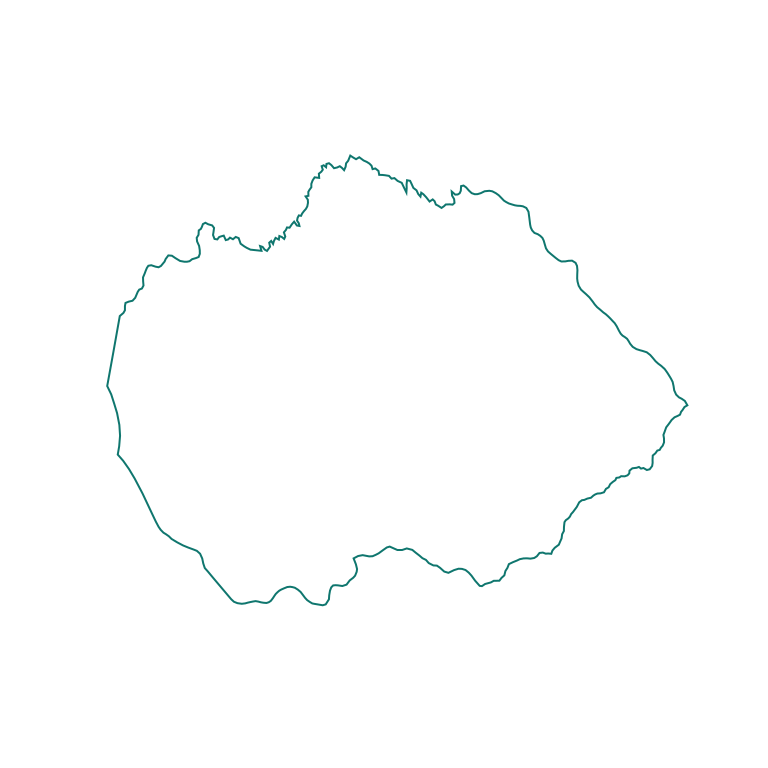 Itanhangá, Mato Grosso, Brazil (Equal Earth projection), rotated 158°
{"feature_id": "56859067B93229831473310", "entity_name": "Itanhangá", "entity_type": "district", "adm_level": 2, "iso_a3": "BRA", "parent_name": "Brazil", "parent_adm1": "Mato Grosso", "projection": "equal_earth", "projection_center": [-56.8, -12.144], "detail": "fine", "context": "isolated", "style": "outline", "palette": "teal", "viewbox_px": 768, "rotation_deg": 158, "n_neighbors": 0, "source": "geoboundaries", "source_scale": "gbopen_adm2", "svg_char_len": 5962}
<svg xmlns="http://www.w3.org/2000/svg" viewBox="0 0 768 768"><g transform="rotate(158 384 384)"><path d="M657.3,418.3L654.6,410.5L652.3,400.7L650.6,389.8L648.9,372.9L647.6,350.1L647.1,341.8L646.5,336.1L645.7,332.5L644.2,328.8L642.5,326.5L640.5,323.4L639.0,319.9L635.1,314.7L630.8,309.6L626.8,305.7L622.5,301.8L620.0,299.4L618.1,295.5L617.9,290.3L618.8,285.3L619.1,280.5L617.5,276.0L615.2,268.8L613.7,264.2L606.3,241.7L604.7,238.3L602.0,235.7L598.2,233.5L594.9,232.6L592.2,232.3L589.7,231.9L587.0,231.4L584.4,230.8L582.0,229.3L579.9,227.7L577.8,226.4L575.0,225.0L572.6,224.8L570.2,225.3L567.3,227.0L565.0,228.6L563.0,229.9L560.6,230.9L558.5,231.6L556.3,231.9L553.4,232.0L549.8,232.0L547.0,231.2L545.0,230.0L543.0,228.5L540.9,225.6L539.2,222.4L538.3,219.1L537.3,215.3L536.2,212.4L534.5,209.8L532.7,207.4L530.7,206.1L527.9,204.4L523.7,201.8L520.6,201.5L515.7,205.0L513.9,208.7L511.5,212.6L509.1,215.2L506.6,216.3L504.3,215.6L502.2,214.6L498.3,212.3L493.9,212.0L489.4,214.7L485.1,215.9L482.6,217.1L479.7,220.1L478.3,222.5L477.6,227.3L477.5,233.7L472.4,234.2L467.9,233.3L462.3,229.7L459.1,228.6L455.7,228.7L452.4,229.0L447.3,230.3L442.6,231.4L439.6,231.1L437.0,228.4L433.8,225.1L429.3,223.3L424.5,223.0L422.6,221.6L419.9,219.6L417.9,215.9L415.4,211.6L413.6,208.1L411.0,205.2L409.6,201.2L406.2,197.3L403.0,195.8L400.9,192.6L398.4,187.5L395.0,184.8L388.7,185.2L384.1,184.8L381.0,183.4L378.1,181.0L376.1,177.4L374.7,173.6L373.2,167.5L370.9,161.0L368.9,159.9L365.2,160.7L359.3,160.0L356.0,160.4L353.9,159.6L350.7,158.4L347.7,160.2L344.1,161.5L341.5,165.1L338.4,167.3L335.7,170.2L331.2,170.5L326.7,170.5L323.7,170.7L319.9,170.0L316.7,168.8L313.6,167.2L309.9,166.4L306.8,167.0L303.1,169.1L299.9,168.2L297.6,166.1L295.2,165.3L292.5,163.9L290.2,166.5L287.0,168.2L282.1,169.5L279.9,171.7L277.2,174.3L275.1,178.0L272.3,180.3L270.7,184.0L268.4,188.3L266.5,189.6L263.6,190.3L261.3,191.4L259.2,193.3L256.9,194.4L251.3,197.8L247.3,201.2L244.0,202.1L241.7,201.5L238.4,201.6L234.7,201.0L231.7,202.1L229.5,202.5L227.2,202.5L224.2,201.5L220.6,201.2L217.5,203.6L214.4,204.1L211.8,206.4L208.6,207.5L205.5,208.2L203.7,209.9L200.8,209.2L198.7,209.7L195.4,208.2L192.4,208.1L190.1,209.2L188.8,211.7L185.3,212.8L181.2,211.7L178.7,211.6L177.4,209.3L174.9,208.9L172.5,205.8L169.6,205.4L166.1,207.5L164.5,210.2L163.4,213.1L161.6,217.0L158.3,218.1L155.5,219.9L153.1,219.6L151.2,221.1L148.7,222.4L146.2,225.0L144.8,228.6L144.0,232.1L141.7,234.6L138.6,238.1L134.7,240.4L130.8,242.9L127.1,244.3L123.7,244.4L121.0,244.7L119.0,246.9L117.0,248.0L114.0,250.1L110.7,250.6L111.4,255.6L113.5,258.8L115.5,261.1L117.1,264.7L117.3,269.4L116.3,273.6L115.6,277.8L115.9,281.4L116.6,285.7L117.1,288.4L118.1,292.6L120.2,297.0L122.1,300.1L123.7,303.4L125.1,307.8L126.3,311.2L128.5,315.0L132.0,317.9L134.0,319.4L136.9,321.8L139.5,325.3L140.7,329.1L141.1,332.0L141.7,334.9L143.2,337.4L144.7,339.5L145.7,342.0L146.2,345.5L146.6,350.3L147.3,354.0L148.5,357.0L149.6,359.9L150.8,362.7L152.2,365.6L153.9,368.3L155.6,371.7L157.6,375.4L158.8,378.8L159.6,382.2L161.1,387.4L163.0,391.6L164.6,394.8L166.0,397.8L166.7,402.2L166.2,406.4L165.4,409.4L163.7,413.4L162.0,417.1L160.8,421.2L161.0,424.6L163.4,427.9L166.8,429.1L170.1,429.8L173.7,431.2L175.7,433.4L177.6,436.6L180.7,442.3L182.3,445.5L183.0,449.1L182.6,453.4L182.2,457.1L182.4,460.1L183.6,462.8L185.3,465.3L187.9,467.7L189.1,470.9L189.3,474.1L188.8,477.0L187.0,483.7L185.5,489.6L186.1,493.9L188.6,496.7L190.9,498.1L193.5,499.3L195.8,500.7L198.3,502.7L200.6,504.6L202.6,507.0L204.1,509.1L205.5,512.6L206.9,516.0L208.8,519.0L211.4,522.1L214.0,523.7L218.5,525.0L222.8,524.7L226.2,525.0L228.8,526.0L231.2,528.1L232.8,531.5L234.2,535.5L235.9,538.2L238.4,538.6L240.4,534.4L242.4,532.5L244.6,532.1L247.0,532.9L249.1,537.1L250.3,533.1L249.7,529.2L250.8,525.5L253.2,524.6L255.9,526.0L259.5,527.3L261.7,526.4L264.7,525.7L267.0,529.0L268.7,531.0L268.6,534.5L269.7,536.9L273.4,536.1L274.9,541.3L276.4,545.2L277.8,547.4L280.0,544.1L281.1,547.3L281.3,551.4L283.3,554.8L283.5,559.6L283.7,562.6L286.3,564.3L288.3,560.6L289.6,557.1L291.5,553.2L291.8,557.4L292.2,563.9L295.3,567.2L297.2,571.0L300.1,571.6L301.4,575.1L304.7,577.1L307.3,578.5L310.1,579.7L309.3,583.6L311.3,587.1L314.1,587.5L313.8,591.1L315.0,593.9L316.8,596.4L319.2,598.9L322.0,603.5L325.7,602.9L327.7,605.5L329.7,608.4L333.6,604.4L336.5,602.8L338.2,599.8L340.9,597.2L342.0,600.1L343.4,602.5L346.3,602.3L349.5,602.8L350.8,606.7L352.3,609.3L354.9,609.6L356.5,606.7L358.0,609.4L360.2,609.3L360.5,605.6L362.6,604.3L365.6,603.4L366.9,599.4L370.9,601.6L373.9,599.5L376.4,596.8L377.7,593.6L380.3,592.0L382.2,590.5L383.6,586.8L386.4,587.3L385.6,583.4L386.6,580.5L388.6,577.4L390.8,575.6L393.6,574.2L396.1,572.7L397.9,571.0L399.8,572.2L401.9,570.4L403.4,568.1L402.8,565.0L403.2,562.2L405.4,563.6L406.5,568.2L409.6,566.6L413.0,564.3L415.3,565.5L417.2,563.6L420.0,562.1L420.3,557.7L422.2,555.9L423.7,558.6L425.6,560.4L427.4,557.3L429.8,560.1L432.5,557.8L434.4,555.4L435.0,558.9L437.5,558.0L438.2,554.0L440.6,552.5L442.6,551.2L444.3,553.3L445.2,556.6L447.2,558.3L447.7,553.4L452.6,556.0L457.5,558.6L460.3,561.7L462.1,564.1L464.4,567.8L464.1,573.7L466.4,575.9L469.8,574.8L472.0,577.4L474.4,576.4L476.8,576.7L477.0,581.6L479.6,581.9L481.8,582.0L484.4,580.5L486.8,582.0L486.7,586.2L485.2,588.7L483.1,592.4L483.9,595.4L487.2,598.0L489.2,600.4L492.0,600.1L493.9,598.0L495.7,596.4L498.2,595.8L500.1,591.8L502.9,589.7L503.9,586.2L503.7,581.3L504.7,577.1L506.0,573.7L508.3,571.2L511.2,571.2L515.1,571.6L518.3,570.7L521.0,571.2L523.2,572.1L527.0,574.5L530.2,578.8L532.6,582.4L535.8,584.0L539.6,581.7L541.6,579.7L546.6,577.0L549.3,576.7L551.9,578.4L555.3,581.3L558.2,581.9L560.3,580.5L562.4,578.4L564.5,576.1L567.5,573.1L568.9,569.3L570.1,565.4L572.7,563.2L575.6,563.2L577.8,561.7L582.4,557.1L586.0,555.4L589.8,556.0L593.3,556.0L595.0,553.3L596.6,549.4L599.0,547.5L603.5,546.0L623.2,514.6L641.4,485.8L640.8,476.6L641.5,467.1L642.4,457.0L644.7,445.2L648.1,434.9L652.9,425.4L657.3,418.3Z" fill="none" stroke="#0f766e" stroke-width="2"/></g></svg>